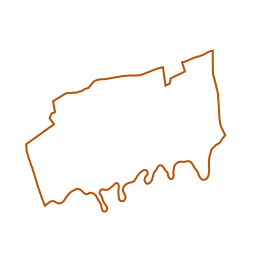 Bivolari, Iasi, Romania (Equal Earth projection), rotated 101°
{"feature_id": "2599482B79000451920011", "entity_name": "Bivolari", "entity_type": "district", "adm_level": 2, "iso_a3": "ROU", "parent_name": "Romania", "parent_adm1": "Iasi", "projection": "equal_earth", "projection_center": [27.4, 47.531], "detail": "fine", "context": "isolated", "style": "outline", "palette": "amber", "viewbox_px": 256, "rotation_deg": 101, "n_neighbors": 0, "source": "geoboundaries", "source_scale": "gbopen_adm2", "svg_char_len": 5753}
<svg xmlns="http://www.w3.org/2000/svg" viewBox="0 0 256 256"><g transform="rotate(101 128 128)"><path d="M102.8,184.7L103.0,185.1L103.4,186.3L103.5,187.0L103.6,188.3L103.7,188.6L103.8,189.1L104.2,189.8L104.5,190.4L104.6,190.9L104.7,191.6L104.8,191.9L105.3,193.7L105.3,194.1L105.4,194.3L105.5,195.0L105.6,195.3L105.8,195.5L108.1,198.1L110.3,200.4L111.9,202.2L112.3,202.7L113.8,204.3L115.3,205.9L115.8,206.7L117.7,206.0L119.5,205.3L124.3,203.5L125.7,202.8L126.3,202.7L126.8,203.1L127.7,204.9L128.4,205.8L131.1,206.3L132.7,206.7L133.4,206.8L133.5,206.7L133.8,206.5L136.0,204.1L137.7,202.2L138.5,201.4L163.3,224.8L169.7,223.2L177.2,219.4L177.4,219.1L180.7,217.2L182.9,216.1L183.2,215.9L184.3,215.0L186.0,214.1L188.2,212.9L198.4,207.5L202.8,205.2L206.4,203.1L210.5,200.7L212.7,199.4L215.2,197.9L219.5,195.1L220.1,194.7L219.3,193.9L216.9,191.9L215.8,190.9L214.9,189.9L214.5,189.1L214.3,188.3L214.1,187.6L214.1,187.1L214.1,186.6L214.2,185.8L214.9,184.2L215.1,183.5L215.2,182.9L215.2,182.0L215.1,180.9L214.8,180.0L214.4,179.3L214.1,178.9L213.6,178.4L213.1,178.0L212.4,177.5L211.8,177.1L210.6,176.5L208.9,175.9L205.7,174.4L204.6,173.8L203.2,173.0L201.6,171.8L201.1,171.2L200.4,170.5L199.8,169.7L199.0,168.7L198.0,167.3L197.6,166.5L197.4,165.9L197.3,165.4L197.3,164.9L197.5,164.0L197.7,163.1L198.1,162.2L199.1,160.5L200.0,159.3L200.5,158.3L200.8,157.4L200.9,156.8L200.9,155.7L200.7,155.2L200.2,154.6L199.6,154.0L198.8,153.0L198.7,152.3L198.6,150.9L199.0,149.5L199.6,148.0L200.1,147.2L200.6,146.5L202.0,145.3L203.9,144.0L204.7,143.2L206.0,141.8L207.1,140.8L207.9,140.1L209.5,139.4L212.6,138.2L213.7,137.4L214.2,136.9L214.5,136.3L214.6,135.6L214.5,135.1L214.4,134.5L214.0,134.0L213.5,133.6L212.8,133.3L211.4,133.0L210.0,133.5L208.5,134.5L207.5,135.7L206.2,137.0L204.1,138.7L202.2,139.8L200.9,140.5L199.5,141.3L198.8,142.2L198.5,142.7L198.2,143.1L197.6,143.3L197.1,143.5L196.2,143.5L195.6,143.4L194.8,143.2L194.1,142.9L193.6,142.6L193.3,142.1L193.1,141.5L193.0,140.7L193.1,139.7L193.0,138.3L192.8,137.4L192.4,136.1L191.9,135.5L190.5,134.1L188.3,132.3L184.9,129.8L184.5,129.3L184.3,128.6L184.2,128.0L184.5,127.4L185.0,126.9L185.9,126.3L186.9,125.9L188.8,125.6L191.4,125.5L193.0,125.2L196.2,124.3L197.9,123.8L199.4,123.2L200.3,122.5L200.8,121.6L201.0,121.1L201.1,120.4L200.9,119.5L200.6,118.7L200.2,118.3L199.7,117.8L198.7,117.4L197.6,117.2L196.5,117.3L195.6,117.5L194.3,118.2L193.2,119.2L191.8,120.2L190.4,121.0L189.7,121.2L189.1,121.3L188.1,121.3L186.8,121.0L185.7,120.5L184.5,119.9L182.8,118.2L181.8,116.8L180.4,113.5L179.2,112.2L178.4,111.5L173.1,109.6L170.6,108.3L168.8,107.1L167.5,105.8L166.6,104.8L166.2,103.9L166.0,103.1L166.0,102.3L166.2,101.5L166.6,101.1L167.2,100.5L168.1,100.2L169.1,100.0L170.3,100.2L171.1,100.6L172.0,101.2L173.2,101.7L174.0,101.9L175.1,101.9L175.8,101.9L176.5,101.6L177.2,101.1L178.1,100.4L178.7,99.7L179.0,99.1L179.1,98.7L179.1,98.2L178.8,97.6L178.4,97.0L177.7,96.3L176.7,95.6L175.7,95.0L174.6,94.6L168.1,94.1L167.1,94.0L166.1,93.6L164.8,92.7L163.6,92.2L162.1,91.8L160.1,91.1L159.2,90.4L158.7,89.9L158.5,89.4L158.4,89.0L158.4,88.5L158.5,87.5L158.9,86.8L159.8,85.8L162.5,83.2L163.9,81.0L164.9,80.3L165.8,80.0L167.1,79.6L167.7,79.3L168.5,78.7L169.7,77.2L169.9,76.5L169.8,75.8L169.5,75.1L168.8,74.5L167.9,74.2L166.9,74.0L165.6,74.2L163.7,74.9L162.9,75.1L162.2,75.1L161.9,75.0L160.0,75.3L158.5,75.3L157.2,75.3L155.6,74.9L154.3,74.2L153.4,73.5L152.5,72.7L152.0,72.1L151.5,71.2L151.2,70.5L151.0,69.6L150.8,68.8L150.7,67.1L150.6,66.7L150.2,65.6L149.9,64.8L149.2,63.0L149.0,61.9L149.0,61.4L149.0,61.0L149.3,60.3L150.3,58.7L151.2,57.7L152.7,56.5L154.9,54.6L156.1,53.1L157.8,51.3L159.2,50.4L160.3,49.7L162.1,48.5L163.2,47.5L164.4,45.9L164.5,44.9L164.5,44.3L164.3,43.4L163.9,42.6L163.6,42.2L162.7,41.3L162.3,41.0L161.7,40.6L160.9,40.3L160.1,40.1L159.3,40.0L156.6,40.0L154.3,40.2L150.9,40.9L149.9,41.4L149.2,41.5L148.9,41.4L146.0,42.0L144.1,42.3L141.8,42.5L139.1,42.4L136.2,42.2L133.7,42.0L133.2,41.9L132.4,41.5L130.9,40.5L129.5,39.5L128.2,38.6L127.4,37.9L125.7,35.7L124.5,35.0L119.0,32.6L116.6,31.2L111.6,34.9L111.1,35.3L110.9,35.5L109.6,36.4L107.8,37.6L106.3,38.2L103.9,39.1L102.3,39.7L99.9,40.3L98.7,40.7L97.1,41.1L95.4,41.5L94.2,41.8L92.3,42.2L91.0,42.6L87.8,43.4L80.9,45.3L80.1,45.5L79.6,45.6L78.0,45.9L77.5,46.1L74.2,47.5L72.5,48.4L72.3,48.6L71.6,48.9L69.1,49.8L67.8,50.4L67.0,50.9L63.0,52.7L62.7,52.9L58.8,54.8L54.5,55.8L52.0,56.3L45.1,57.8L38.8,59.0L36.2,59.5L35.9,59.6L36.3,60.4L36.9,61.6L37.5,62.6L38.8,64.7L39.5,65.4L40.9,66.9L41.2,67.2L41.8,68.2L42.4,69.2L44.1,71.8L44.5,72.5L44.6,73.1L44.7,73.3L45.1,74.3L46.0,75.7L46.5,76.6L46.7,76.9L47.0,77.2L47.2,77.5L47.6,78.2L48.1,79.2L48.3,79.4L48.7,79.9L49.2,80.6L50.5,82.5L51.6,84.2L52.1,85.0L52.7,86.3L53.2,87.4L55.5,86.2L56.6,85.6L61.6,83.0L62.2,83.6L62.5,83.9L63.9,85.8L68.2,91.7L69.0,92.8L71.2,95.6L72.4,95.6L73.4,95.5L76.5,95.6L79.3,99.3L75.1,100.7L69.8,102.5L65.0,104.2L61.6,105.3L63.6,109.6L64.3,110.8L64.9,111.9L65.4,112.8L65.8,113.3L66.8,114.9L67.4,115.7L68.0,116.6L69.5,119.0L69.9,119.8L70.5,120.6L71.0,121.4L73.6,125.7L73.6,125.8L73.7,126.1L73.9,126.5L74.3,127.6L74.8,129.5L75.0,130.1L75.1,130.7L75.3,131.7L75.4,132.4L75.5,132.8L75.7,134.0L75.8,134.3L75.9,135.5L76.0,135.9L76.6,138.0L77.0,139.3L77.7,141.9L78.0,142.9L78.5,144.1L79.2,146.1L79.8,147.7L80.7,150.0L82.1,153.9L84.0,158.5L84.4,159.7L84.6,160.6L84.8,161.4L85.0,162.3L85.2,163.5L85.6,164.7L86.0,165.8L86.5,167.0L86.8,167.6L87.3,168.3L87.8,169.1L88.5,170.0L88.7,170.3L89.1,170.5L90.7,171.5L92.9,172.6L95.4,174.0L95.8,174.2L96.0,174.3L96.3,174.7L96.9,175.8L97.2,176.5L97.8,177.4L98.1,177.8L98.4,178.3L98.9,178.9L99.0,179.0L99.2,179.3L99.9,179.7L100.1,179.9L100.3,180.2L100.6,180.5L100.8,180.9L101.0,181.4L101.4,182.5L101.6,183.0L102.0,183.6L102.3,184.1L102.8,184.7Z" fill="none" stroke="#b45309" stroke-width="2"/></g></svg>